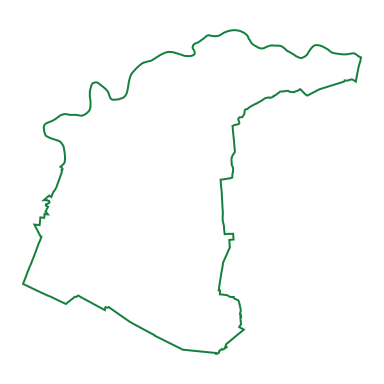 Vista Hermosa, Michoacán, Mexico
{"feature_id": "50627088B54691877593336", "entity_name": "Vista Hermosa", "entity_type": "district", "adm_level": 2, "iso_a3": "MEX", "parent_name": "Mexico", "parent_adm1": "Michoacán", "projection": "mercator", "projection_center": [-102.458, 20.263], "detail": "fine", "context": "isolated", "style": "outline", "palette": "green", "viewbox_px": 384, "rotation_deg": 0, "n_neighbors": 0, "source": "geoboundaries", "source_scale": "gbopen_adm2", "svg_char_len": 5692}
<svg xmlns="http://www.w3.org/2000/svg" viewBox="0 0 384 384"><path d="M60.5,166.7L61.1,167.0L62.5,168.7L62.5,169.5L61.6,170.0L61.8,171.1L61.9,171.8L59.1,179.9L57.9,183.0L56.3,187.6L54.1,191.2L53.3,191.9L51.3,197.0L49.1,195.6L43.8,200.2L46.9,200.1L47.0,200.2L47.3,200.6L49.0,200.9L49.5,202.4L49.3,202.8L46.7,204.3L46.1,204.2L45.8,205.1L46.1,205.8L48.0,206.8L45.5,211.7L45.9,211.8L47.9,214.4L44.5,214.1L44.2,217.8L40.4,217.4L39.6,225.1L34.4,224.6L40.4,236.2L41.4,236.6L40.2,240.2L38.7,243.4L35.9,251.1L33.3,258.0L30.7,264.5L29.3,267.7L27.6,272.0L27.5,272.3L25.6,277.4L23.0,283.9L37.8,291.0L48.0,295.7L50.5,296.6L65.9,304.0L66.1,303.8L67.0,303.0L74.9,296.8L76.3,296.9L78.2,295.5L81.5,297.5L87.6,300.8L88.2,301.0L88.4,301.2L104.8,310.1L105.3,307.6L105.6,307.1L107.0,307.6L107.5,307.7L108.7,307.1L129.9,321.9L131.5,322.8L138.3,326.5L154.5,335.2L154.6,335.6L182.9,349.7L209.8,352.4L216.0,353.0L215.9,353.8L217.0,353.8L217.3,353.4L217.9,353.4L218.7,353.0L218.9,352.7L219.1,351.2L220.3,350.3L220.4,350.0L220.8,349.9L221.8,349.0L222.7,349.6L224.5,348.7L224.5,348.4L225.1,347.4L225.9,347.7L226.7,347.1L225.6,345.8L226.4,343.9L227.2,343.3L229.6,341.4L233.1,338.4L242.4,330.8L243.8,329.6L239.2,327.1L240.0,325.8L241.0,324.4L240.6,320.2L240.4,316.9L241.1,317.0L240.7,314.3L240.0,314.3L240.2,312.5L240.8,311.0L240.5,308.6L239.7,304.9L239.2,302.7L238.4,300.4L235.9,299.3L234.2,298.4L233.6,297.8L233.7,297.0L230.9,297.0L229.4,296.6L228.6,296.1L227.3,295.2L221.2,294.4L219.9,294.4L219.9,293.4L220.1,291.8L220.1,290.5L218.7,290.4L219.0,288.6L219.2,286.9L220.2,280.4L221.5,272.1L222.0,269.7L222.7,265.6L223.1,262.6L227.9,251.8L228.1,251.1L229.7,247.9L230.0,247.3L229.7,246.7L229.3,240.0L233.6,239.5L233.1,233.8L228.9,233.9L228.7,233.8L224.7,234.2L224.2,230.2L223.9,225.5L222.8,221.3L222.6,217.3L222.9,213.5L222.6,209.2L221.6,190.5L221.3,188.1L221.1,187.2L220.6,179.7L226.5,178.9L228.3,178.5L230.7,178.2L232.2,177.6L232.5,173.3L233.0,172.2L233.1,169.4L233.0,167.7L232.0,165.5L231.7,164.0L231.5,160.2L231.6,158.2L232.1,156.6L233.0,154.7L234.6,152.5L234.9,151.7L233.9,140.3L232.8,129.2L232.7,127.2L232.5,126.0L234.8,124.9L236.6,124.6L238.5,124.2L239.4,122.8L238.2,119.4L238.9,117.8L239.6,117.3L242.2,117.2L244.3,114.1L244.8,110.4L245.3,109.5L246.0,109.3L247.2,109.2L247.5,109.0L247.5,108.7L250.4,106.7L252.1,105.6L253.8,104.9L254.5,104.3L256.7,103.5L256.8,103.3L261.9,100.5L264.6,98.5L265.4,98.1L268.2,97.5L269.5,97.5L269.6,97.8L271.1,97.7L273.8,96.4L273.7,95.9L276.3,94.7L276.5,94.4L280.2,91.6L284.4,91.3L286.3,90.9L288.2,90.9L289.7,91.8L294.2,92.2L294.4,91.9L298.9,90.2L299.5,89.5L299.9,89.2L300.9,89.7L305.3,94.3L307.3,95.6L319.4,89.3L343.8,81.7L344.3,81.4L344.4,81.2L344.6,80.4L346.8,80.6L347.0,80.7L351.4,79.4L352.0,79.4L352.3,79.5L353.1,79.9L355.8,81.6L357.3,73.4L358.8,66.1L359.5,63.7L360.2,61.7L360.4,60.9L360.4,60.4L361.0,57.4L360.0,57.0L359.2,56.7L358.3,56.1L357.1,55.2L355.5,54.0L355.0,53.7L354.0,53.4L353.2,53.3L352.2,53.4L348.2,54.1L346.8,54.3L343.3,54.4L339.4,54.0L334.1,53.2L333.0,52.9L331.6,52.4L331.0,52.0L330.6,51.7L329.3,50.7L328.8,50.0L327.8,49.4L326.0,48.4L323.4,46.9L320.1,45.6L318.8,45.3L317.7,45.1L316.5,45.1L315.3,45.2L314.5,45.5L313.0,46.4L310.8,48.8L309.0,51.4L307.3,54.4L306.4,55.3L305.5,56.1L304.0,57.0L302.9,57.5L301.7,57.9L301.1,58.0L300.6,58.1L300.3,58.0L299.3,57.7L295.9,56.1L293.5,54.4L292.0,53.5L288.9,51.7L287.7,51.2L286.9,50.7L284.3,48.2L283.2,47.4L282.3,46.7L281.4,46.3L280.5,46.0L279.1,45.7L277.6,45.6L275.6,45.7L273.8,45.5L271.8,45.4L269.3,45.8L266.6,46.9L263.6,48.3L261.5,48.5L260.5,48.3L259.4,48.0L258.4,47.7L257.4,47.1L256.5,46.5L253.5,44.9L252.4,44.0L251.8,43.4L250.6,41.7L250.2,40.7L249.5,39.7L248.8,38.9L248.2,37.6L248.1,36.8L247.4,35.8L246.4,34.6L245.4,33.8L244.1,32.9L241.2,31.4L239.0,30.7L236.6,30.3L234.4,30.2L232.2,30.3L228.7,30.9L225.6,32.0L224.2,32.6L222.9,33.3L220.5,34.9L218.9,35.6L216.9,36.1L213.3,36.1L211.5,35.9L210.6,35.6L210.0,35.4L209.1,35.3L208.2,35.4L207.3,35.6L206.5,36.0L204.3,38.0L203.5,38.7L202.7,39.1L200.0,41.2L198.3,42.3L197.1,42.8L195.9,43.1L194.1,44.2L193.4,44.8L193.0,45.9L192.6,47.1L192.7,48.2L193.3,49.3L194.1,50.3L194.5,51.4L194.7,53.1L194.5,54.0L194.0,54.7L193.2,55.0L192.6,55.5L191.1,55.9L189.4,56.1L185.9,56.0L184.5,55.8L183.1,55.4L181.3,54.7L179.7,54.3L176.2,53.1L172.9,52.2L171.6,52.1L168.5,51.9L167.3,52.1L165.7,52.5L160.9,54.6L152.1,60.2L151.0,60.7L150.3,61.0L146.9,61.7L143.9,62.6L142.5,63.2L141.5,63.9L139.8,65.2L138.5,66.4L136.5,68.2L133.5,71.4L131.5,73.9L130.8,75.2L130.2,76.7L129.7,78.5L128.7,82.7L128.2,86.5L127.8,88.4L127.5,90.4L126.7,93.2L126.1,94.5L125.0,96.1L123.8,97.2L122.7,98.0L120.6,98.6L119.4,99.1L117.8,99.4L115.7,99.7L113.9,99.7L112.5,99.7L111.7,99.4L110.8,98.6L110.3,97.9L109.9,97.0L109.2,95.1L108.8,93.9L108.3,92.4L107.8,91.6L107.1,90.7L106.3,89.7L105.2,88.6L102.9,86.7L101.2,85.4L98.3,83.1L97.4,82.6L96.9,82.4L95.5,82.4L94.7,82.5L93.7,82.8L92.8,83.3L92.0,84.1L91.5,85.2L91.0,86.5L89.8,91.6L89.9,93.0L89.8,95.4L89.9,97.1L90.1,98.5L90.4,99.9L90.5,101.2L90.5,105.7L90.4,107.3L90.1,108.6L89.7,109.7L89.0,110.9L88.0,112.0L86.8,113.1L85.6,114.0L84.4,114.7L83.3,115.3L82.1,115.6L81.1,115.7L80.1,115.6L78.2,115.2L76.0,114.9L74.9,114.9L72.4,114.9L71.0,114.9L69.6,114.8L68.5,114.6L67.7,114.3L66.6,114.2L64.4,114.1L63.6,114.2L62.3,114.7L61.0,115.0L60.2,115.5L59.4,116.1L57.3,117.7L55.6,118.9L54.0,119.9L52.6,120.7L46.9,123.0L45.6,123.8L44.7,124.6L44.0,126.2L43.8,127.5L43.8,128.2L44.1,128.9L44.0,129.7L44.2,131.1L45.0,134.1L45.5,135.1L46.0,135.9L48.4,137.2L49.9,137.9L51.2,138.4L58.0,140.6L59.3,141.1L60.1,141.6L60.8,142.3L62.3,144.3L63.1,145.5L63.6,146.9L64.1,149.3L64.6,152.3L65.0,156.7L65.0,159.5L64.8,161.6L64.6,162.3L64.2,163.2L63.3,164.2L61.8,165.7L60.5,166.7Z" fill="none" stroke="#15803d" stroke-width="2"/></svg>